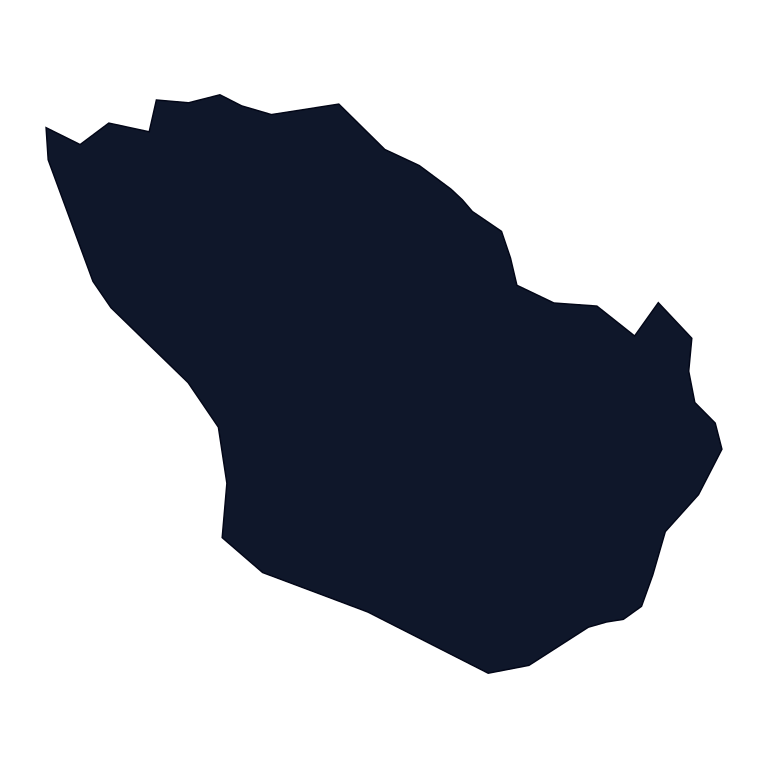 SVG path tracing the border of Jinja
{"feature_id": "UGA-3064", "entity_name": "Jinja", "entity_type": "District", "adm_level": 1, "iso_a3": "UGA", "parent_name": "Uganda", "parent_adm1": "", "projection": "natural_earth1", "projection_center": [33.327, 0.494], "detail": "fine", "context": "isolated", "style": "filled", "palette": "ink", "viewbox_px": 768, "rotation_deg": 0, "n_neighbors": 0, "source": "natural_earth", "source_scale": "10m", "svg_char_len": 690}
<svg xmlns="http://www.w3.org/2000/svg" viewBox="0 0 768 768"><path d="M219.9,94.8L241.7,105.9L271.4,114.6L338.8,104.1L384.8,149.5L419.3,165.6L451.0,189.2L462.3,199.8L472.3,211.5L501.5,231.4L510.5,258.1L516.9,285.3L553.9,303.0L596.9,306.1L634.6,336.0L658.3,302.7L691.8,338.3L688.7,371.2L694.8,402.5L715.2,423.1L721.9,449.2L698.5,494.6L665.3,531.6L652.8,574.8L641.5,606.3L623.4,619.3L606.4,622.0L588.3,627.2L529.0,665.3L488.2,673.2L367.8,612.0L338.9,601.1L262.6,572.5L222.2,537.6L226.9,483.3L218.4,427.2L188.1,382.6L111.0,307.7L93.0,281.4L48.2,159.8L46.1,127.7L80.1,144.6L108.8,123.1L149.2,131.8L156.4,100.0L188.5,102.8L219.9,94.8Z" fill="#0f172a" stroke="#020617" stroke-width="1.5"/></svg>